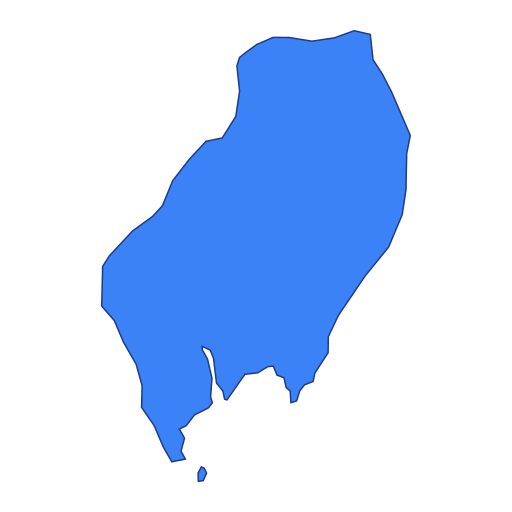 Hamhung City, Hamgyŏng-namdo, North Korea
{"feature_id": "82179303B86824596043159", "entity_name": "Hamhung City", "entity_type": "district", "adm_level": 2, "iso_a3": "PRK", "parent_name": "North Korea", "parent_adm1": "Hamgyŏng-namdo", "projection": "orthographic", "projection_center": [127.611, 39.908], "detail": "fine", "context": "isolated", "style": "filled", "palette": "blue", "viewbox_px": 512, "rotation_deg": 0, "n_neighbors": 0, "source": "geoboundaries", "source_scale": "gbopen_adm2", "svg_char_len": 1222}
<svg xmlns="http://www.w3.org/2000/svg" viewBox="0 0 512 512"><path d="M406.5,163.9L406.7,153.5L410.3,135.5L401.0,113.9L391.7,92.2L382.4,74.1L373.0,59.7L370.3,34.4L364.9,33.2L354.2,30.7L334.6,37.8L311.9,41.2L289.3,37.5L273.1,37.4L256.8,44.5L246.9,51.6L239.6,57.4L236.9,65.9L239.6,91.2L235.8,116.4L222.3,137.9L206.0,141.3L189.4,159.2L172.7,180.7L162.4,205.8L152.5,216.5L132.7,230.8L119.4,245.1L109.4,255.8L102.6,266.5L102.5,273.7L101.7,306.1L114.4,320.7L123.6,342.4L136.1,364.1L142.1,385.7L141.6,407.4L154.1,425.5L163.4,447.2L171.8,461.8L185.4,459.1L181.0,451.2L184.5,438.3L182.4,434.3L179.3,429.1L186.3,425.6L194.4,415.0L208.3,407.9L212.4,402.8L210.6,397.0L212.0,378.4L207.5,359.0L202.3,349.8L202.2,346.3L210.3,350.2L213.5,358.3L216.5,383.1L222.9,391.1L224.6,399.2L227.0,399.9L228.7,397.4L244.9,374.3L257.7,372.8L267.7,366.7L273.3,366.1L277.0,375.1L284.0,377.8L286.2,387.7L290.2,391.1L290.9,402.7L296.6,400.9L299.7,391.0L304.4,384.9L313.1,381.5L314.9,373.0L324.6,358.1L328.1,352.7L328.3,336.7L338.5,315.2L365.3,275.7L388.6,247.1L402.2,214.7L406.0,189.5L406.3,171.5L406.5,163.9ZM203.3,480.6L206.6,473.1L204.2,468.2L201.3,466.9L198.1,473.0L198.3,481.3L203.3,480.6Z" fill="#3b82f6" stroke="#1e3a8a" stroke-width="1.5"/></svg>